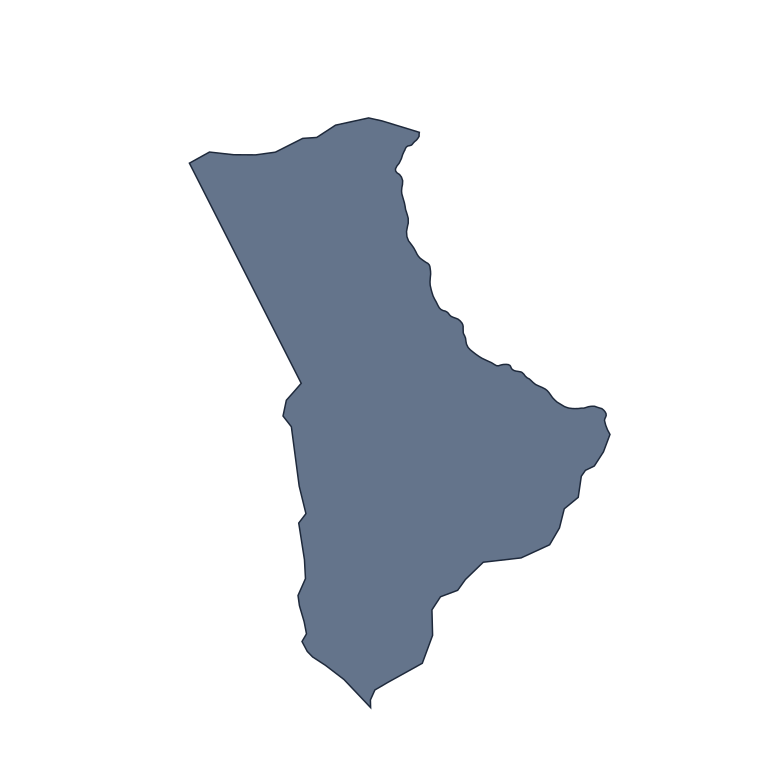 the district of Djoukou, Kémo, Central African Republic, rotated 244°
{"feature_id": "33826404B12088014945622", "entity_name": "Djoukou", "entity_type": "district", "adm_level": 2, "iso_a3": "CAF", "parent_name": "Central African Republic", "parent_adm1": "Kémo", "projection": "albers", "projection_center": [19.458, 5.319], "detail": "fine", "context": "isolated", "style": "filled", "palette": "slate", "viewbox_px": 768, "rotation_deg": 244, "n_neighbors": 0, "source": "geoboundaries", "source_scale": "gbopen_adm2", "svg_char_len": 2690}
<svg xmlns="http://www.w3.org/2000/svg" viewBox="0 0 768 768"><g transform="rotate(244 384 384)"><path d="M669.0,328.8L667.8,305.9L420.9,309.9L416.7,300.0L412.2,289.1L399.5,279.2L386.2,282.0L329.4,263.0L301.7,257.0L296.4,246.4L261.0,235.5L243.5,228.1L231.6,214.0L221.8,210.8L205.3,208.0L193.4,204.8L188.5,197.4L177.2,197.8L169.9,200.2L156.9,208.0L135.9,218.5L99.0,230.1L106.0,233.3L113.0,241.7L114.1,256.2L116.2,296.0L136.8,317.5L160.0,328.1L168.0,341.5L166.3,359.8L172.6,371.5L180.3,395.1L167.6,431.0L166.9,462.4L177.7,478.6L192.8,491.3L197.0,508.9L214.6,520.9L218.1,527.2L218.1,537.1L226.8,551.5L239.6,565.0L244.8,564.8L249.8,565.2L254.6,566.2L255.9,567.2L257.2,568.8L258.3,569.9L260.1,570.6L262.2,570.5L264.2,570.0L266.4,569.0L267.8,567.4L269.7,565.4L271.6,563.6L272.4,562.1L273.2,560.3L274.0,557.7L274.4,554.8L274.7,553.0L275.8,550.8L276.8,547.8L278.3,544.6L279.3,542.7L281.3,539.6L282.8,538.0L284.6,536.3L286.3,535.2L291.9,531.6L294.7,530.5L297.8,529.5L300.2,529.1L303.9,528.5L306.5,527.8L308.8,526.7L311.5,524.7L314.3,522.3L317.0,520.1L319.9,518.7L322.7,517.7L324.9,516.8L326.7,515.4L329.2,514.4L331.6,514.0L333.9,513.1L334.8,512.4L336.3,510.4L337.8,508.2L339.2,506.7L340.7,505.8L341.9,505.4L343.2,505.4L344.5,505.5L345.5,505.3L346.9,504.3L347.8,502.9L348.1,502.4L349.3,499.7L349.9,497.1L350.2,494.8L351.2,493.1L353.1,491.8L356.0,490.0L360.1,486.6L364.1,483.4L367.1,481.5L370.7,479.5L374.0,477.9L377.0,476.5L380.0,475.6L383.6,475.6L386.2,476.3L389.5,477.4L392.1,477.6L394.1,477.5L395.6,477.8L397.1,478.5L399.3,479.5L401.1,480.4L402.8,480.8L404.7,480.8L407.4,480.1L409.8,479.0L411.6,477.4L413.4,475.6L415.3,474.0L417.3,473.2L419.6,472.8L421.2,472.1L422.7,471.0L424.2,469.2L426.1,467.8L428.2,467.1L431.0,466.9L434.8,466.9L438.3,466.7L441.6,466.7L445.0,467.2L447.8,467.7L452.5,468.8L455.6,470.1L459.4,472.3L462.3,474.1L465.0,475.3L469.3,476.7L471.1,476.9L473.2,476.3L475.0,475.0L478.2,473.2L481.3,471.6L483.8,470.9L486.2,470.6L488.9,470.6L493.2,470.4L497.0,469.8L501.9,468.8L506.4,469.2L511.2,471.1L515.9,474.6L517.9,476.3L522.3,478.4L525.9,479.1L528.5,479.5L531.4,479.9L534.6,480.9L538.1,481.8L542.8,482.6L547.2,483.4L549.8,484.4L552.8,486.2L555.1,488.0L558.5,489.9L562.3,490.4L565.5,489.8L568.0,488.3L570.2,487.8L572.3,488.6L574.3,491.2L575.8,494.4L579.0,498.5L582.0,501.3L584.4,504.2L585.1,505.3L585.7,505.8L586.9,507.4L587.2,508.1L587.4,509.2L587.4,510.2L587.1,511.1L586.9,512.0L586.7,513.1L586.9,514.2L587.4,515.2L587.9,516.3L588.5,517.9L588.8,519.4L589.2,520.6L590.1,522.4L591.2,524.1L593.4,525.2L594.7,526.1L621.3,497.6L629.9,486.8L637.9,453.9L635.1,431.6L640.4,418.6L640.0,388.0L646.2,369.1L656.0,349.3L669.0,328.8Z" fill="#64748b" stroke="#1e293b" stroke-width="1.5"/></g></svg>